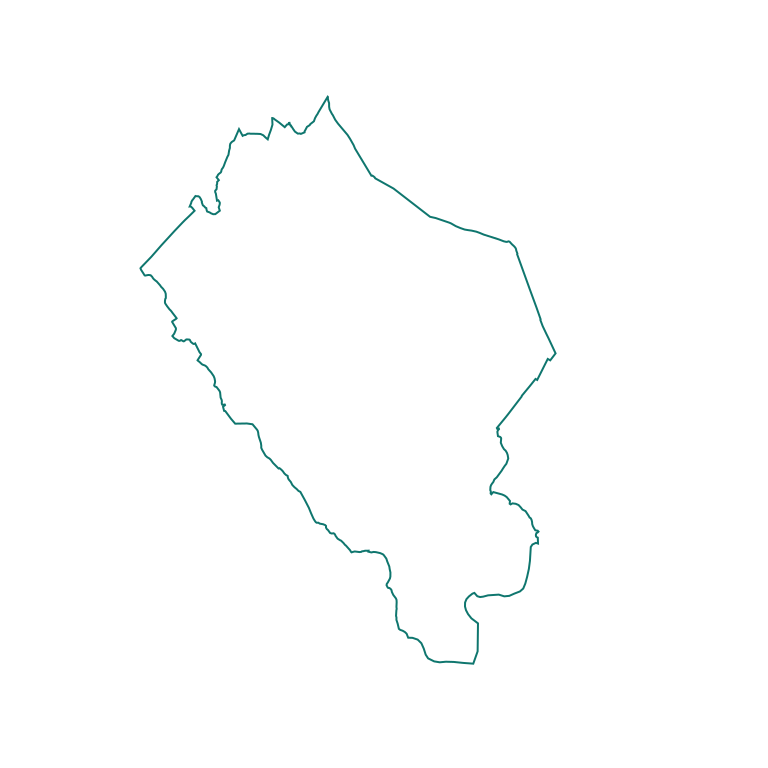 the district of Damienesti, Bacau, Romania, rotated 246°
{"feature_id": "2599482B59619146146523", "entity_name": "Damienesti", "entity_type": "district", "adm_level": 2, "iso_a3": "ROU", "parent_name": "Romania", "parent_adm1": "Bacau", "projection": "equal_earth", "projection_center": [27.01, 46.742], "detail": "fine", "context": "isolated", "style": "outline", "palette": "teal", "viewbox_px": 768, "rotation_deg": 246, "n_neighbors": 0, "source": "geoboundaries", "source_scale": "gbopen_adm2", "svg_char_len": 6164}
<svg xmlns="http://www.w3.org/2000/svg" viewBox="0 0 768 768"><g transform="rotate(246 384 384)"><path d="M610.8,453.3L614.6,453.4L621.8,452.7L626.4,452.0L640.5,447.9L645.2,446.9L650.5,446.6L651.9,446.3L657.0,446.0L659.5,446.6L663.0,448.1L665.3,448.3L667.5,448.8L669.0,449.5L669.3,449.4L659.2,435.0L657.4,432.7L656.8,431.6L654.9,429.1L652.5,426.8L651.5,422.8L651.3,422.2L650.7,421.4L650.2,418.2L648.2,415.7L647.3,414.5L647.1,414.2L646.2,413.8L646.3,409.8L647.1,409.0L647.8,407.1L650.8,405.3L653.9,404.7L656.2,404.4L656.5,404.1L657.1,404.0L657.4,404.2L658.0,404.2L658.3,403.7L659.4,403.6L661.0,403.9L661.2,403.3L660.2,402.3L660.5,401.0L659.0,397.8L665.6,394.5L670.3,391.7L671.1,391.4L672.2,390.5L672.4,390.0L666.3,387.6L662.1,384.0L658.2,380.2L654.8,377.3L657.5,376.0L660.3,374.9L662.6,372.9L664.4,369.4L666.9,363.9L667.5,363.0L668.2,361.1L667.8,358.8L668.3,357.1L668.2,355.8L675.8,355.2L667.5,346.2L667.0,343.3L666.3,341.8L665.8,341.1L664.3,340.1L662.3,339.2L660.3,337.5L656.6,335.1L655.3,333.4L651.2,329.1L648.4,326.4L647.2,325.0L646.1,323.1L645.2,322.3L644.4,321.8L643.7,321.0L643.0,318.3L642.6,317.4L641.8,316.5L641.0,315.1L637.4,316.0L636.5,313.8L634.6,312.9L633.7,311.9L632.5,311.7L630.0,310.2L629.3,308.5L628.2,307.9L626.2,307.8L619.4,306.0L619.3,307.3L617.4,307.7L616.2,307.7L614.6,306.7L612.7,304.9L609.1,304.5L607.8,299.0L608.6,297.0L610.4,295.3L611.6,294.6L613.5,292.6L615.1,292.7L617.0,293.2L617.8,292.5L619.5,292.0L620.9,291.2L623.9,291.4L624.5,291.8L627.2,291.9L629.6,291.6L630.9,290.9L632.2,288.4L632.4,288.2L630.2,284.4L629.8,283.5L628.8,282.2L627.7,281.4L625.2,278.7L625.0,279.3L624.3,279.9L622.9,280.5L619.3,281.4L616.6,274.2L614.8,269.1L613.4,265.5L609.1,255.1L601.2,236.9L594.9,223.3L589.6,210.2L588.8,208.6L587.3,208.5L580.6,209.5L580.2,209.9L579.5,212.9L578.7,214.5L578.0,215.2L577.2,215.4L576.4,215.8L575.2,215.9L573.5,216.3L571.2,217.4L570.3,218.0L564.9,219.7L563.8,219.8L560.8,220.9L557.4,221.5L555.2,221.3L552.7,220.3L551.2,219.6L550.8,218.9L549.2,217.8L547.7,217.1L546.6,216.9L543.2,217.5L539.1,218.5L538.5,218.8L538.3,218.9L536.6,219.4L535.5,219.6L528.4,221.3L528.1,220.7L527.6,217.6L527.3,216.1L527.1,215.8L526.8,215.7L519.6,216.6L518.3,216.0L515.3,212.8L513.9,210.2L511.2,211.0L507.0,214.0L506.6,214.7L506.5,215.2L506.7,216.1L506.6,216.6L504.6,218.1L504.4,218.6L504.6,219.6L505.1,221.5L504.8,222.3L503.7,224.3L503.4,224.5L502.5,224.6L501.2,224.6L498.7,225.8L497.9,226.6L497.8,227.4L497.9,228.0L488.1,228.4L485.7,229.0L485.0,228.6L481.5,223.3L480.7,223.6L479.3,224.4L476.1,225.7L475.2,226.4L473.9,227.8L472.7,228.6L470.9,229.3L468.9,229.5L464.9,230.8L460.5,231.6L458.1,231.5L455.2,230.8L453.9,230.1L451.8,228.3L451.3,228.3L450.3,228.7L449.3,229.8L444.7,230.9L443.1,230.9L438.0,229.2L435.3,229.2L434.0,228.8L432.8,228.1L431.8,227.8L430.9,227.8L430.4,228.5L430.2,229.8L430.0,230.2L429.4,230.2L429.1,229.4L429.0,228.3L428.7,227.7L424.5,227.0L423.8,228.0L414.4,230.1L408.3,231.9L403.7,242.7L400.7,247.5L394.0,249.4L392.7,249.6L390.8,249.3L388.6,248.6L386.5,248.2L380.4,247.6L377.6,246.8L375.6,245.9L373.5,245.9L366.8,246.6L364.5,247.6L362.6,249.0L360.9,249.7L357.1,250.5L349.7,253.3L349.6,254.3L347.4,255.4L345.4,256.1L342.8,256.6L340.7,257.5L339.3,258.6L337.4,258.1L335.6,258.1L332.5,259.0L329.0,259.2L326.2,260.2L323.6,261.5L321.1,262.4L319.5,263.7L310.0,264.5L301.3,265.0L295.7,264.8L289.8,264.8L286.8,265.2L285.5,265.5L284.6,266.1L284.0,267.6L282.6,268.5L280.6,271.4L279.0,272.9L277.9,273.3L276.4,272.6L274.6,272.8L273.5,273.4L269.8,274.2L268.7,275.4L268.1,277.3L266.7,278.0L265.0,278.0L261.6,278.7L259.2,280.3L258.3,281.1L255.0,282.4L253.0,282.9L251.9,283.5L245.9,285.4L244.1,285.6L243.4,285.9L243.2,287.6L242.9,289.2L240.4,293.3L239.9,295.0L240.1,295.9L239.7,297.0L239.4,298.8L238.0,302.1L237.2,301.5L235.3,303.9L234.8,306.2L233.7,308.2L231.1,311.7L229.8,312.9L228.9,313.7L227.8,314.2L223.5,315.1L220.7,314.8L215.1,314.6L212.6,313.9L209.2,313.2L205.5,311.5L203.9,310.3L201.1,306.7L200.3,305.3L199.2,304.5L196.8,304.6L196.0,304.9L195.4,306.0L193.8,306.8L192.7,307.0L190.7,306.6L187.5,306.7L183.2,307.7L181.6,307.6L179.5,306.8L175.3,304.7L173.4,304.1L172.3,303.3L167.3,300.7L165.6,300.4L163.4,299.4L159.5,299.0L154.3,298.0L152.8,298.8L151.0,300.7L148.9,302.2L146.7,303.1L142.4,302.9L140.5,306.8L136.8,310.8L132.0,312.7L126.0,312.7L119.8,312.0L115.4,312.7L110.2,317.0L107.1,321.7L105.1,327.6L101.7,334.7L97.1,342.7L92.2,351.8L101.7,360.8L127.1,372.5L134.4,368.5L139.6,367.2L144.0,366.9L147.8,367.5L151.4,369.2L153.9,371.8L155.4,375.2L156.5,379.5L156.4,381.6L152.2,382.9L150.3,385.1L149.4,388.1L148.6,393.1L144.9,403.2L141.1,407.5L139.5,412.3L139.5,417.8L139.2,423.8L140.5,428.0L144.2,431.9L149.6,436.3L156.1,441.1L163.1,445.4L175.4,451.8L177.0,454.3L177.1,458.1L175.6,459.8L181.1,462.0L181.9,461.3L182.8,460.9L184.0,461.2L184.9,461.7L185.9,462.8L185.8,463.5L186.0,464.4L186.3,465.1L187.5,464.7L188.4,463.3L188.9,462.7L192.0,462.3L193.7,462.2L195.7,462.4L197.6,463.1L199.6,463.5L201.1,463.5L202.0,463.3L202.7,462.7L204.9,462.5L210.3,461.6L213.0,459.4L215.8,458.7L218.7,457.7L221.0,455.6L222.7,452.8L222.5,450.7L223.5,450.1L225.9,451.5L230.8,450.1L233.0,448.8L235.0,447.0L240.8,439.9L239.6,437.2L240.6,436.9L242.4,437.9L243.8,437.9L246.7,439.4L248.0,440.6L249.0,442.1L250.0,444.0L251.9,446.0L252.9,449.1L257.0,456.3L258.2,458.0L260.1,461.0L261.3,463.3L265.4,467.2L268.8,468.1L271.1,468.3L273.6,468.0L275.7,467.1L279.0,466.7L282.8,466.8L286.4,468.8L287.1,469.0L288.2,468.7L288.8,468.2L290.0,466.9L294.2,468.1L295.4,469.3L296.0,470.7L296.6,470.8L297.1,469.2L297.9,469.2L304.1,481.6L306.2,485.6L316.6,504.7L317.2,505.1L322.7,516.2L327.0,524.5L325.4,525.6L340.3,543.8L338.0,545.5L342.2,553.2L358.8,552.9L363.9,552.7L372.4,552.5L379.0,552.9L379.4,553.4L391.7,554.4L411.1,555.7L448.4,558.4L448.9,558.9L452.0,559.1L453.7,559.5L455.2,559.4L457.1,558.8L459.6,557.7L461.7,557.0L462.7,556.7L463.4,556.1L463.7,555.7L463.8,554.2L464.1,553.5L465.6,551.5L469.5,547.6L479.9,535.9L483.1,532.9L485.6,530.3L488.5,526.4L490.5,523.2L492.3,520.5L495.4,517.2L499.0,513.8L503.4,510.6L504.8,509.3L514.6,498.7L518.0,494.1L558.7,472.2L575.5,459.6L576.4,459.6L577.9,458.9L579.2,458.0L579.4,457.2L610.8,453.3Z" fill="none" stroke="#0f766e" stroke-width="2"/></g></svg>